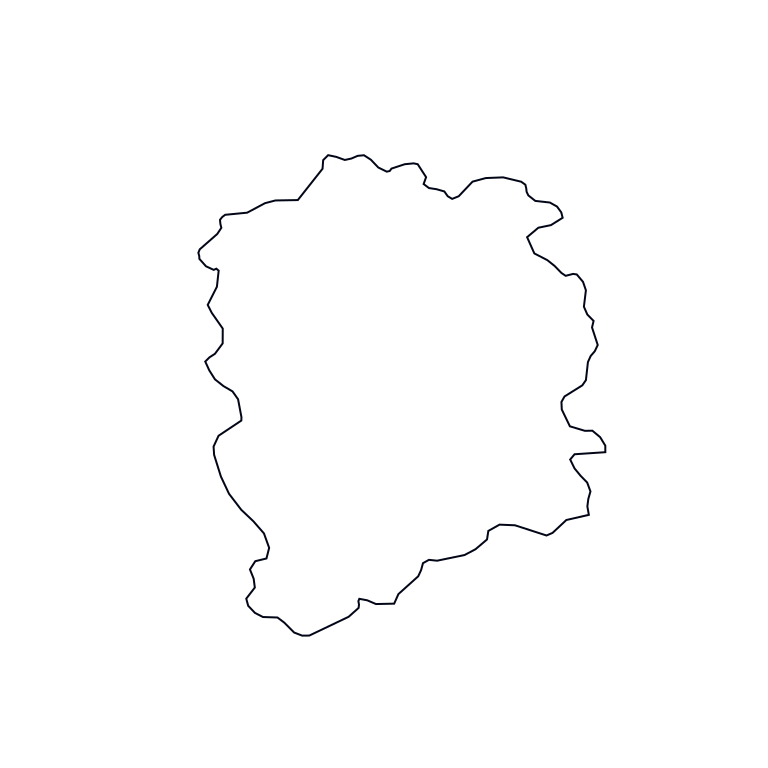 map outline of Łódź (Mercator projection), rotated 320°
{"feature_id": "POL-3147", "entity_name": "Łódź", "entity_type": "Voivodeship", "adm_level": 1, "iso_a3": "POL", "parent_name": "Poland", "parent_adm1": "", "projection": "mercator", "projection_center": [19.498, 51.569], "detail": "fine", "context": "isolated", "style": "outline", "palette": "ink", "viewbox_px": 768, "rotation_deg": 320, "n_neighbors": 0, "source": "natural_earth", "source_scale": "10m", "svg_char_len": 2050}
<svg xmlns="http://www.w3.org/2000/svg" viewBox="0 0 768 768"><g transform="rotate(320 384 384)"><path d="M371.1,152.3L389.3,164.8L409.1,169.0L418.8,173.6L436.2,187.7L475.3,179.6L481.3,173.4L488.3,172.8L493.4,179.3L498.0,187.2L503.9,190.3L510.5,192.3L515.7,195.9L518.1,203.7L518.8,214.5L522.6,223.1L525.3,224.5L528.2,223.8L541.2,229.0L548.5,234.0L551.1,237.3L549.2,252.6L542.9,256.3L544.4,262.8L549.5,268.6L554.0,275.3L553.5,281.1L555.2,286.0L561.9,288.2L581.9,285.9L594.4,291.7L608.1,302.3L619.1,317.2L620.4,322.2L618.7,325.6L616.8,328.4L615.8,332.3L617.6,341.0L627.7,351.6L630.6,359.3L630.1,366.5L627.7,371.5L614.0,369.6L602.7,363.5L588.0,363.5L583.1,380.6L588.7,394.0L590.6,403.4L591.3,413.0L592.7,417.9L599.6,421.2L602.1,424.0L602.1,433.7L598.9,442.0L586.8,453.3L584.4,461.5L585.1,470.4L579.7,474.4L572.8,491.5L566.5,494.4L560.3,495.4L554.3,498.3L541.2,510.8L535.1,512.5L514.3,509.6L508.4,511.8L503.8,517.8L499.2,535.9L507.8,549.0L513.6,553.7L515.4,563.7L513.9,573.5L509.7,578.5L484.8,560.3L478.1,561.5L475.7,571.1L475.6,580.7L476.3,590.1L473.1,599.0L466.6,603.4L461.1,608.5L456.8,615.9L436.3,605.4L417.4,606.4L411.1,604.5L393.5,576.4L382.1,566.0L369.5,563.6L363.0,569.3L348.0,569.4L335.8,566.8L311.1,553.5L305.4,547.6L298.7,546.3L292.8,550.4L286.6,553.3L260.0,554.2L250.6,558.8L236.4,547.4L232.1,538.9L227.0,532.7L224.8,533.9L223.0,537.0L220.6,539.2L207.3,539.6L165.1,528.7L159.6,524.2L155.4,516.6L154.2,502.6L152.3,494.4L141.5,484.7L138.0,476.4L137.4,466.6L140.5,459.9L154.2,456.9L159.0,449.4L162.1,439.9L171.5,437.0L181.8,442.1L190.7,435.7L196.0,421.3L195.7,405.2L193.8,388.6L194.7,368.5L199.6,350.0L208.3,329.1L213.2,322.4L224.0,317.3L251.2,320.3L253.4,317.9L262.4,301.9L263.2,292.3L259.7,282.5L257.5,271.8L258.9,261.3L261.5,251.9L267.4,251.4L273.9,252.2L286.5,249.2L296.1,237.9L297.8,218.7L299.8,210.1L318.5,202.1L330.2,190.9L329.7,187.9L326.9,187.1L323.3,179.4L323.0,169.5L324.8,167.1L326.1,164.2L329.4,162.4L352.7,161.9L359.8,159.8L361.5,156.3L363.9,152.8L367.4,152.1L371.1,152.3Z" fill="none" stroke="#020617" stroke-width="2"/></g></svg>